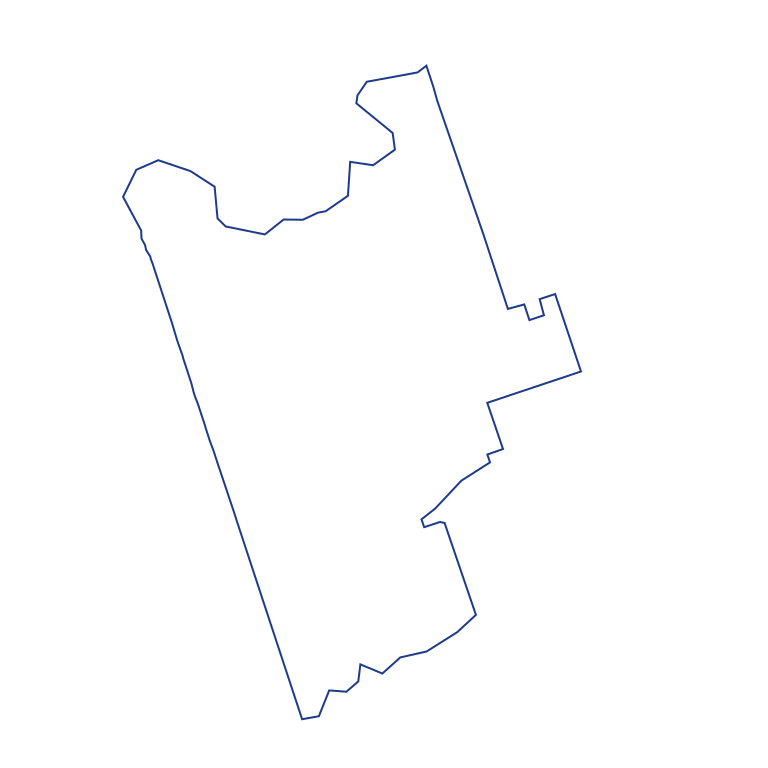 outline of Sebastian, Arkansas, United States of America, rotated 340°
{"feature_id": "52423323B741493038537", "entity_name": "Sebastian", "entity_type": "district", "adm_level": 2, "iso_a3": "USA", "parent_name": "United States of America", "parent_adm1": "Arkansas", "projection": "orthographic", "projection_center": [-94.303, 35.191], "detail": "fine", "context": "isolated", "style": "outline", "palette": "blue", "viewbox_px": 768, "rotation_deg": 340, "n_neighbors": 0, "source": "geoboundaries", "source_scale": "gbopen_adm2", "svg_char_len": 1242}
<svg xmlns="http://www.w3.org/2000/svg" viewBox="0 0 768 768"><g transform="rotate(340 384 384)"><path d="M192.4,671.0L209.2,673.9L227.7,653.2L243.4,660.3L258.1,654.7L265.9,639.4L283.4,655.5L305.8,646.5L332.6,649.9L368.0,642.2L391.4,632.4L391.8,613.1L393.4,535.3L389.4,532.8L372.8,532.3L372.9,526.0L372.9,524.0L389.6,518.5L423.6,501.3L456.8,493.9L457.0,485.6L473.6,485.8L474.6,437.0L573.4,439.6L575.5,359.9L575.6,358.0L559.3,357.5L557.8,374.1L542.5,373.7L543.0,357.2L526.1,355.8L528.6,276.5L530.9,136.2L532.0,121.8L532.7,99.4L522.1,102.7L471.2,94.1L457.8,103.7L454.0,110.8L478.0,151.1L474.4,167.5L448.6,174.7L428.2,163.7L414.5,194.8L388.2,201.7L380.4,200.4L363.9,201.9L345.9,195.1L323.2,202.7L289.1,181.8L284.2,171.5L292.3,140.7L274.9,117.7L248.4,96.5L224.5,98.0L202.8,118.9L208.3,156.7L208.2,157.2L207.4,159.4L205.9,164.4L206.0,165.4L207.0,171.7L206.3,176.8L208.0,184.3L207.6,186.7L207.7,191.8L205.6,254.8L204.6,271.5L204.5,276.0L204.4,289.0L204.1,290.8L204.0,293.5L204.0,294.1L203.2,317.8L202.3,326.6L202.1,329.9L202.3,339.2L201.6,361.5L201.4,364.2L200.9,376.8L200.9,380.9L201.0,388.1L200.4,405.2L200.4,408.3L200.2,414.6L199.2,453.3L198.8,463.4L196.8,527.3L193.9,621.5L192.4,671.0Z" fill="none" stroke="#1e3a8a" stroke-width="2"/></g></svg>